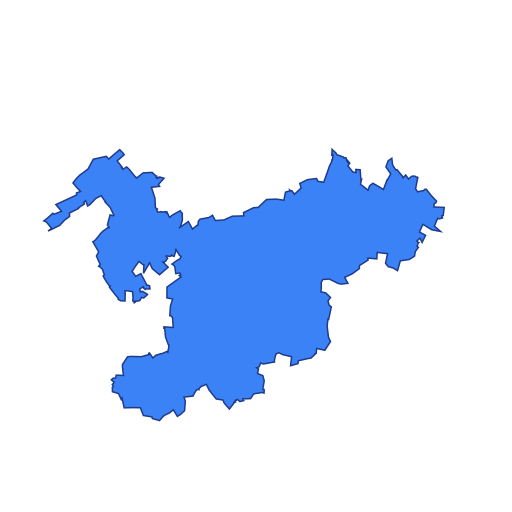 outline of Nkangala, Mpumalanga, South Africa, rotated 344°
{"feature_id": "47623444B64302501149239", "entity_name": "Nkangala", "entity_type": "district", "adm_level": 2, "iso_a3": "ZAF", "parent_name": "South Africa", "parent_adm1": "Mpumalanga", "projection": "mercator", "projection_center": [29.297, -25.643], "detail": "fine", "context": "isolated", "style": "filled", "palette": "blue", "viewbox_px": 512, "rotation_deg": 344, "n_neighbors": 0, "source": "geoboundaries", "source_scale": "gbopen_adm2", "svg_char_len": 6066}
<svg xmlns="http://www.w3.org/2000/svg" viewBox="0 0 512 512"><g transform="rotate(344 256 256)"><path d="M82.8,335.1L84.9,338.4L82.4,339.9L83.1,341.8L81.7,342.6L80.6,346.9L85.9,350.3L86.9,356.8L88.1,355.6L87.4,365.6L96.2,367.9L103.0,370.0L103.8,378.3L111.6,382.0L111.6,383.7L117.9,387.6L122.9,384.4L125.3,383.7L129.6,383.0L134.1,381.0L136.2,388.5L139.8,387.5L144.7,385.0L148.1,376.0L147.9,371.8L156.9,373.3L158.7,371.2L162.2,368.1L164.4,368.8L164.5,367.8L167.4,366.3L172.9,365.7L174.0,372.1L178.4,382.5L184.6,385.4L184.8,388.3L188.2,395.8L194.4,391.2L194.6,391.1L194.8,391.0L194.7,390.8L195.3,390.8L195.7,390.5L196.0,390.6L196.0,390.2L195.8,390.1L195.7,389.8L196.3,389.2L196.6,389.3L196.7,389.0L196.9,389.1L196.9,389.3L197.2,389.4L197.3,389.1L197.8,388.9L198.2,389.0L198.6,388.8L200.4,391.5L204.0,391.6L203.6,391.2L203.8,390.6L203.8,389.7L204.2,389.5L205.3,390.1L211.5,391.6L215.7,387.9L224.2,388.9L225.9,390.0L226.5,388.4L227.0,386.6L226.7,386.5L226.1,385.9L225.8,385.8L229.5,378.3L229.6,372.9L225.1,369.4L227.3,365.2L225.8,363.6L228.6,363.3L230.9,360.1L233.1,361.8L244.6,363.0L244.8,361.5L248.0,355.9L251.1,355.1L254.4,358.1L262.4,362.6L259.0,371.0L262.7,371.0L266.8,371.0L267.6,368.5L268.2,368.4L277.6,368.9L280.7,369.3L285.7,366.8L285.8,366.1L287.0,366.2L288.8,361.6L296.2,365.6L304.0,358.8L303.3,353.9L305.1,342.9L307.8,336.4L308.4,336.9L314.4,325.6L312.8,323.6L312.8,319.0L316.2,316.4L312.8,310.6L308.4,308.2L309.8,305.3L311.4,299.5L313.7,297.0L320.0,298.3L327.6,305.2L330.2,306.5L336.8,307.6L335.4,301.0L343.4,299.7L351.9,296.6L352.7,293.9L353.4,293.5L362.6,290.8L362.9,288.8L371.3,292.1L373.5,286.0L383.1,290.0L378.5,298.8L380.3,302.8L384.6,305.4L388.0,309.1L393.4,300.4L401.9,301.6L404.3,301.1L408.4,299.8L410.3,295.7L414.5,292.4L413.5,291.0L415.9,287.8L416.0,287.8L415.2,287.0L415.0,286.4L415.0,286.1L414.8,285.9L418.5,284.0L419.4,288.7L424.7,282.9L419.8,278.1L423.6,273.3L425.4,271.7L432.1,279.2L440.2,283.3L435.7,276.4L441.0,269.9L442.3,270.8L445.7,270.9L445.7,268.6L447.1,268.7L450.3,261.2L440.5,257.9L441.7,254.9L443.5,254.5L444.7,253.1L441.0,246.0L438.1,238.8L436.8,238.4L434.7,239.4L433.6,239.1L429.1,238.9L427.9,235.4L433.2,225.1L432.7,224.5L431.9,224.5L430.6,222.9L429.6,222.6L427.4,222.3L423.9,224.1L422.2,219.4L418.9,221.4L418.8,219.7L415.3,211.8L414.1,211.8L412.4,206.2L413.5,199.5L409.3,200.9L405.4,206.2L408.2,214.2L403.2,219.1L403.0,218.9L396.8,227.2L393.8,223.8L388.4,218.3L384.6,219.8L381.8,223.6L379.7,220.5L376.2,215.9L378.5,211.6L377.8,211.8L379.9,201.8L375.8,200.3L375.1,203.4L373.4,202.6L372.1,201.7L369.9,196.3L369.1,194.8L371.7,192.6L370.6,190.0L370.2,191.4L369.5,189.8L369.6,186.5L368.9,186.0L367.8,186.2L367.1,184.8L361.5,180.8L361.3,179.1L358.5,174.5L356.7,180.1L357.9,180.2L356.1,184.4L355.3,184.5L354.7,186.3L351.3,189.9L348.9,193.4L341.5,203.7L336.1,201.3L335.6,198.2L326.6,196.8L318.1,198.3L318.1,203.1L310.0,207.2L310.0,206.9L309.5,206.4L309.5,205.5L309.2,205.1L308.7,204.2L308.6,203.3L308.3,203.2L307.8,203.2L307.6,202.7L307.3,202.6L307.1,202.7L306.8,202.4L306.6,202.1L306.6,202.4L306.1,202.7L302.0,202.7L298.1,210.1L295.7,208.9L290.9,206.8L281.7,204.6L271.4,209.9L267.0,208.9L256.0,210.8L255.4,214.1L244.2,211.2L235.2,212.5L226.7,210.7L225.4,204.8L221.8,206.0L212.2,205.2L210.2,206.7L208.5,210.5L207.6,210.3L202.4,212.6L200.5,204.2L189.5,208.0L191.3,207.2L195.1,201.3L196.9,194.5L196.2,193.4L195.6,191.6L187.3,193.5L183.5,195.0L182.5,189.0L181.6,189.7L181.3,188.6L180.1,188.1L179.6,188.5L176.8,187.1L175.8,187.3L173.7,186.6L173.1,184.4L174.2,183.7L172.6,181.8L174.8,172.6L174.4,161.1L182.5,162.5L182.0,160.3L189.0,155.9L185.2,153.5L184.5,154.0L183.9,153.5L183.2,154.1L182.7,153.5L182.2,154.1L181.6,153.0L182.6,151.9L181.8,151.3L179.2,147.0L170.4,145.0L163.2,148.0L163.0,147.6L162.4,147.9L159.9,142.3L158.1,137.9L156.2,134.7L152.0,136.0L151.1,133.9L151.8,133.8L148.8,126.3L157.3,122.3L156.5,120.2L154.3,116.2L147.3,119.3L141.1,122.2L139.6,118.9L126.3,118.1L118.6,126.0L114.3,127.7L109.2,129.5L105.0,131.8L100.2,135.3L102.5,140.5L105.1,145.6L100.8,145.9L100.4,147.9L77.8,151.4L81.4,159.4L73.2,160.2L72.5,158.9L65.3,162.4L61.7,163.8L63.9,165.5L67.1,173.1L63.0,174.7L75.7,172.5L81.8,168.8L87.7,166.6L88.5,163.3L98.6,161.4L98.7,160.7L105.4,158.7L105.2,156.9L107.5,155.9L108.0,161.5L110.8,160.7L117.9,156.5L123.8,155.3L126.3,162.8L126.0,162.8L129.2,169.2L130.6,177.6L129.7,178.0L127.1,176.2L121.7,185.2L123.0,188.9L121.8,187.8L115.5,190.0L112.7,191.6L110.9,193.0L106.2,196.2L104.9,196.9L103.1,197.3L105.9,208.7L102.6,212.0L103.5,218.8L104.2,221.0L102.8,221.7L101.9,222.6L102.8,223.1L104.7,226.5L105.0,232.4L103.6,233.0L103.8,234.5L105.2,239.8L107.0,244.8L107.3,244.8L106.5,245.6L109.6,253.4L111.9,258.6L111.6,259.7L113.5,261.7L117.7,263.1L120.0,255.8L120.3,253.5L122.7,253.9L127.5,256.3L126.3,262.2L125.2,265.2L126.0,265.5L126.0,267.4L127.3,267.0L127.3,266.5L127.8,266.5L128.0,266.1L129.7,266.7L132.0,266.8L134.6,264.3L136.5,265.4L140.1,263.7L141.2,263.0L137.1,258.6L134.9,258.6L135.2,255.6L139.3,254.5L139.2,256.1L140.3,257.7L141.0,257.3L145.0,258.4L145.5,255.3L143.9,254.2L143.1,254.0L140.5,241.2L134.7,242.4L132.7,236.6L136.9,232.9L142.0,229.0L142.8,230.0L145.1,233.3L145.8,233.7L143.1,241.6L151.9,233.2L152.8,239.6L158.1,247.4L168.5,242.6L166.6,239.3L165.0,236.2L166.1,236.6L168.4,235.7L169.0,234.9L170.4,233.9L169.4,231.2L169.5,231.1L171.1,231.6L171.8,232.1L172.7,232.5L173.3,232.6L174.4,232.6L175.3,231.8L175.5,232.2L175.4,232.4L176.2,233.0L176.8,233.6L177.2,233.8L180.6,228.6L180.4,227.9L180.8,227.6L182.7,234.4L183.9,235.7L182.0,237.8L178.8,238.5L173.0,240.6L174.4,242.4L175.0,243.9L174.0,250.8L178.1,251.4L178.5,253.2L176.8,253.6L178.2,255.5L161.9,261.3L158.8,271.7L164.0,274.4L160.0,280.4L156.7,289.6L157.6,289.8L158.8,292.3L156.7,301.9L148.0,298.7L147.5,300.0L148.3,300.4L146.7,308.9L147.3,317.3L147.4,317.6L147.7,317.6L147.7,318.1L144.7,324.3L144.2,323.2L138.8,323.9L137.0,323.7L132.2,323.8L128.8,325.6L126.8,319.8L126.1,319.9L126.0,321.2L118.1,321.2L108.2,318.1L104.7,317.5L97.7,323.5L97.0,326.0L95.7,334.3L88.8,332.0L87.5,334.6L84.9,334.1L82.8,335.1Z" fill="#3b82f6" stroke="#1e3a8a" stroke-width="1.5"/></g></svg>